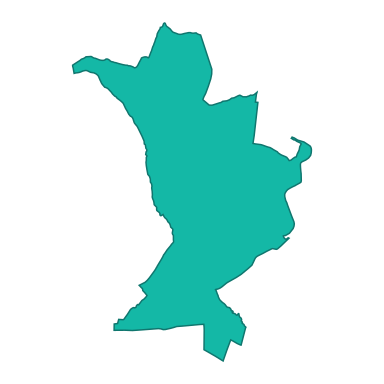 Apetatitlán de Antonio Carvajal, Tlaxcala, Mexico (Natural Earth projection)
{"feature_id": "50627088B98647454285357", "entity_name": "Apetatitlán de Antonio Carvajal", "entity_type": "district", "adm_level": 2, "iso_a3": "MEX", "parent_name": "Mexico", "parent_adm1": "Tlaxcala", "projection": "natural_earth1", "projection_center": [-98.195, 19.35], "detail": "fine", "context": "isolated", "style": "filled", "palette": "teal", "viewbox_px": 384, "rotation_deg": 0, "n_neighbors": 0, "source": "geoboundaries", "source_scale": "gbopen_adm2", "svg_char_len": 5944}
<svg xmlns="http://www.w3.org/2000/svg" viewBox="0 0 384 384"><path d="M257.9,102.4L255.4,102.1L256.5,93.6L256.9,92.9L257.0,92.3L256.3,92.9L254.9,94.0L254.2,94.6L253.7,94.8L252.2,95.3L250.7,95.1L248.2,96.3L247.8,96.3L246.3,96.9L245.8,96.8L243.0,96.8L239.9,95.2L238.5,95.6L234.1,97.8L231.6,98.2L229.6,99.7L226.9,100.8L222.7,101.3L221.2,102.4L219.0,103.0L215.9,104.0L212.1,105.2L209.2,105.1L203.2,100.0L202.9,99.6L203.0,99.2L204.1,96.3L204.4,95.9L205.7,93.3L208.3,86.3L210.7,79.0L211.7,74.0L211.8,69.2L200.6,35.0L199.2,34.6L197.4,33.9L196.1,32.9L193.3,33.2L191.9,33.1L190.3,32.6L188.8,32.6L184.3,33.5L181.8,34.2L180.1,34.4L178.4,34.2L176.1,33.3L173.3,32.3L172.3,31.6L170.1,28.9L168.2,27.4L167.0,26.6L166.5,26.1L166.0,25.3L165.2,23.3L164.5,23.0L163.7,23.5L163.3,24.3L163.2,24.9L162.9,25.6L162.6,26.4L161.5,27.2L160.3,27.4L160.2,28.4L159.5,29.7L158.7,30.9L158.3,31.7L158.1,32.0L157.8,32.7L157.3,33.6L156.9,35.6L156.9,36.4L155.9,38.4L155.5,39.5L154.9,41.6L154.0,43.8L153.6,45.2L152.9,46.5L152.4,47.9L151.5,50.9L151.2,51.5L150.5,53.2L149.1,56.9L148.5,57.7L148.0,57.7L146.8,57.0L145.9,56.9L144.8,56.9L143.4,57.2L142.0,57.7L141.4,58.1L141.0,59.2L139.5,61.9L137.7,65.5L136.6,67.0L136.2,67.3L135.1,67.7L134.4,67.8L133.0,66.9L131.2,66.2L129.9,65.8L128.6,65.8L127.2,65.2L125.8,65.2L123.1,64.7L118.8,63.6L115.5,62.6L114.8,62.6L113.0,61.9L111.7,61.7L110.3,61.1L109.8,60.4L109.1,59.9L107.9,59.2L107.1,59.0L106.1,59.0L104.6,60.1L103.1,60.4L101.4,60.3L99.8,60.0L95.4,58.3L94.2,58.1L93.2,57.7L91.5,56.6L90.8,56.5L86.0,56.8L84.6,57.9L83.8,58.3L82.9,58.7L81.4,59.2L79.9,60.5L78.1,61.6L72.6,65.2L72.7,66.5L73.1,67.7L74.1,73.4L75.9,72.9L77.2,72.8L79.0,72.5L80.9,71.9L82.6,71.1L85.2,70.5L87.0,70.6L90.5,72.3L94.0,72.9L95.5,73.6L96.4,74.1L98.1,75.6L98.9,77.3L100.1,80.2L100.8,81.5L101.2,82.6L102.1,84.1L103.6,85.9L104.7,87.2L105.8,87.5L106.9,88.0L108.0,88.7L111.4,92.3L112.5,93.9L114.7,96.1L116.2,96.9L116.9,98.0L118.4,99.2L119.7,100.1L121.6,101.7L123.2,103.3L125.6,108.5L127.2,111.1L128.7,114.1L130.4,116.2L131.4,116.6L132.3,117.5L133.1,119.0L133.5,120.4L134.3,122.8L135.4,124.3L137.1,126.3L137.9,127.8L142.1,136.4L144.1,141.1L144.3,144.0L145.3,144.6L145.9,148.3L146.8,149.6L146.8,150.9L146.1,151.9L145.7,154.6L146.3,155.1L147.0,156.0L146.3,157.4L146.3,160.3L146.0,162.3L146.3,165.6L146.9,169.4L147.8,174.3L148.5,175.3L149.4,176.2L150.3,178.9L150.4,182.1L151.5,183.7L152.0,186.2L151.8,186.9L151.7,188.0L152.2,191.5L152.4,194.9L152.2,197.0L152.7,198.8L153.4,200.3L153.9,202.2L154.2,204.7L156.5,207.1L156.7,207.7L156.6,209.1L156.7,210.0L156.9,210.6L159.3,212.5L159.9,213.5L159.9,214.5L160.2,215.4L160.7,215.7L161.3,215.6L163.0,214.5L163.8,216.1L164.7,217.6L166.1,218.8L167.1,220.1L167.9,221.8L168.8,222.6L169.7,223.7L170.3,225.3L170.7,227.1L172.6,228.9L172.8,229.4L172.8,230.1L172.3,232.9L172.4,233.7L172.7,234.4L173.4,235.5L173.4,238.0L173.4,239.9L173.6,241.3L173.5,242.1L172.7,243.1L171.5,244.3L170.6,245.7L167.1,249.9L165.6,252.2L164.0,254.5L163.6,254.9L162.9,256.6L161.5,259.1L157.1,266.4L156.8,267.2L156.3,267.8L155.7,269.0L154.3,271.1L149.4,277.8L147.2,280.4L145.1,282.3L139.2,285.3L141.4,287.7L142.2,288.4L142.5,288.9L142.8,290.6L144.7,292.6L147.0,295.5L146.3,296.6L144.1,299.0L141.9,300.5L138.7,304.8L137.9,304.5L136.6,305.4L136.0,307.2L134.7,307.9L134.0,307.6L133.6,307.6L132.9,307.8L131.4,308.7L130.5,309.5L127.4,314.4L123.8,319.4L123.1,319.7L118.7,319.4L117.6,323.5L114.2,324.0L114.1,330.3L124.8,330.2L132.4,330.5L141.2,329.9L158.5,328.6L161.0,328.9L163.2,329.6L165.3,329.5L170.2,328.4L173.6,327.5L176.7,326.5L183.3,326.0L199.8,324.5L203.8,324.3L204.1,327.1L204.2,330.3L204.0,349.7L215.2,356.1L223.1,361.0L226.8,350.3L230.7,339.9L233.1,341.1L237.2,343.5L240.5,345.0L241.1,345.1L245.5,328.1L245.9,327.2L244.4,325.8L244.1,324.8L243.7,324.3L243.3,324.0L242.3,323.4L242.1,323.0L242.3,322.5L242.4,322.3L242.2,322.0L241.6,321.1L241.2,320.9L241.3,320.5L241.6,319.7L241.4,318.8L241.2,318.4L240.9,317.9L239.7,317.0L239.5,316.7L239.2,315.7L239.0,314.6L238.8,313.7L238.6,313.6L238.3,313.6L237.5,314.9L236.8,315.1L236.5,315.1L235.0,313.7L233.6,313.3L232.9,313.2L232.7,313.1L232.3,312.7L232.3,312.3L232.5,312.0L233.0,311.9L233.0,311.6L233.0,311.4L232.2,310.8L231.9,310.9L231.4,310.8L231.1,310.3L231.1,309.7L230.6,308.8L229.6,307.7L228.6,307.4L227.9,307.4L227.5,307.2L226.9,306.9L226.2,306.1L225.3,304.8L224.1,303.6L222.5,302.5L220.2,300.3L219.4,299.2L218.3,296.8L218.1,295.7L217.2,293.7L216.6,291.9L216.2,291.0L216.1,290.5L215.9,290.1L215.5,289.7L215.8,289.4L217.5,289.1L218.9,288.6L220.2,288.0L222.1,286.7L226.6,283.0L227.9,282.2L236.4,277.4L241.3,274.2L248.2,268.5L251.9,265.2L253.7,261.5L254.9,258.9L255.4,258.0L256.0,257.3L257.0,256.4L258.6,255.5L262.9,253.4L266.7,251.3L272.0,248.7L272.5,248.6L273.2,248.7L275.6,249.2L276.6,249.3L277.5,248.9L281.1,245.8L286.9,240.2L289.0,238.2L288.2,237.8L287.8,238.0L286.8,238.9L286.0,239.2L285.6,239.1L284.7,238.6L284.0,237.7L283.5,236.7L283.4,235.8L285.5,235.5L289.4,233.3L293.1,228.6L294.0,226.2L294.3,223.8L293.9,221.7L291.5,215.7L287.7,205.5L286.8,202.7L285.7,200.5L284.8,196.8L284.7,194.6L285.0,193.4L285.6,192.3L286.5,190.9L287.8,189.5L290.3,188.0L293.0,186.6L295.4,185.5L296.1,185.0L300.0,182.9L301.0,182.1L301.3,180.7L301.1,173.5L300.8,171.1L300.5,167.3L300.4,164.5L300.6,163.3L301.0,162.6L302.2,161.7L305.8,160.0L308.6,158.0L310.6,155.4L311.2,153.0L311.4,150.9L311.4,149.2L311.0,147.6L310.3,146.2L308.9,145.2L304.0,142.0L297.7,140.1L294.4,138.0L292.1,137.1L291.8,137.7L291.3,138.3L293.8,139.9L294.7,140.0L295.2,140.2L296.9,141.4L300.2,142.9L300.8,143.3L301.0,143.4L301.1,143.8L301.0,144.2L299.7,146.9L299.3,149.3L299.0,150.4L297.2,154.1L296.4,156.5L296.3,156.8L294.9,157.2L294.3,157.6L293.1,158.4L291.3,159.9L290.5,160.3L289.2,160.6L288.1,159.0L286.7,157.3L285.3,156.6L281.9,155.2L280.7,154.6L279.2,153.6L278.2,152.9L277.6,152.1L277.3,151.8L273.4,149.6L271.9,148.6L270.1,147.6L267.5,146.9L262.2,145.0L260.7,144.6L255.2,143.9L253.0,143.4L254.2,135.4L257.9,102.4Z" fill="#14b8a6" stroke="#0f766e" stroke-width="1.5"/></svg>